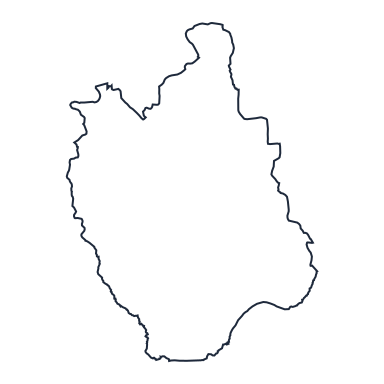 the district of Ganzourgou, Ganzourgou, Burkina Faso
{"feature_id": "67063806B50041184778807", "entity_name": "Ganzourgou", "entity_type": "district", "adm_level": 2, "iso_a3": "BFA", "parent_name": "Burkina Faso", "parent_adm1": "Ganzourgou", "projection": "robinson", "projection_center": [-0.77, 12.29], "detail": "fine", "context": "isolated", "style": "outline", "palette": "slate", "viewbox_px": 384, "rotation_deg": 0, "n_neighbors": 0, "source": "geoboundaries", "source_scale": "gbopen_adm2", "svg_char_len": 5917}
<svg xmlns="http://www.w3.org/2000/svg" viewBox="0 0 384 384"><path d="M238.7,89.7L237.4,89.8L236.5,88.5L235.5,88.7L234.4,86.8L234.0,84.8L233.0,84.5L232.5,80.2L230.9,76.8L231.4,74.6L231.3,73.8L230.1,71.8L229.7,70.7L230.5,69.6L229.0,66.6L228.8,65.6L230.5,63.8L230.1,57.7L230.7,56.2L232.8,52.9L233.9,48.2L233.2,44.6L232.2,42.5L232.1,40.7L231.4,37.4L230.3,34.7L230.2,33.8L229.0,32.1L225.2,30.2L223.3,29.7L222.4,26.9L222.7,26.0L222.6,24.9L220.2,24.2L211.9,23.0L210.5,23.2L207.8,24.4L202.3,23.5L199.6,24.0L194.5,26.0L192.7,28.5L189.4,29.4L187.8,30.2L186.8,31.2L185.8,33.5L186.2,36.5L187.7,39.4L189.7,42.1L192.0,43.7L192.9,44.7L198.2,54.6L198.3,55.8L197.8,56.8L199.0,57.7L194.7,61.6L192.3,63.3L190.3,63.6L188.0,63.5L186.5,64.0L184.9,66.1L184.8,67.3L185.3,69.2L184.3,70.2L181.0,72.8L177.4,74.5L171.7,75.4L169.1,76.2L166.2,78.0L165.3,78.9L164.7,79.7L163.4,82.9L161.8,84.6L159.1,86.5L159.3,89.2L159.2,93.4L159.6,95.9L159.2,103.3L158.3,104.5L157.1,104.8L152.7,104.5L152.1,107.0L151.4,108.1L150.6,108.8L149.1,108.7L146.7,107.7L145.5,108.0L144.5,110.2L143.0,111.6L143.8,115.5L144.4,116.4L145.7,117.4L144.1,119.0L143.1,119.5L141.5,118.2L139.3,115.5L136.9,113.0L132.8,109.1L130.0,107.3L127.2,104.0L125.3,102.5L121.3,98.1L120.6,91.5L120.2,90.6L118.4,88.9L113.6,90.0L112.3,89.5L111.9,89.1L111.6,85.5L110.8,86.4L109.0,86.1L108.5,87.6L107.3,88.7L107.3,83.3L95.9,86.5L95.8,88.1L98.8,91.6L100.0,94.5L100.2,96.1L99.8,97.8L99.1,99.4L97.8,101.1L96.3,102.0L94.5,102.4L92.7,101.8L84.7,102.5L80.6,102.5L79.7,103.0L76.5,101.9L74.3,101.7L73.3,102.3L72.1,102.4L70.8,103.7L70.2,105.0L71.7,107.7L73.3,108.6L74.9,108.7L75.2,109.0L78.0,109.8L79.8,111.6L80.9,114.7L84.1,117.0L84.7,118.1L84.3,122.8L83.2,124.0L84.2,125.1L86.6,131.4L86.4,133.7L85.4,134.5L82.3,135.5L78.1,140.1L74.3,142.5L76.5,144.5L77.0,146.8L77.8,146.9L77.8,147.9L77.1,150.0L78.3,154.2L78.4,156.0L77.8,157.4L75.7,157.6L74.1,158.6L71.1,159.0L70.0,160.0L69.6,162.4L70.0,164.7L69.2,169.7L68.7,171.1L67.9,172.4L66.8,176.3L67.2,177.8L69.5,179.8L69.8,181.1L70.5,182.5L71.4,183.4L71.8,184.6L72.0,186.4L71.3,188.4L71.4,190.8L71.9,191.7L71.7,192.1L71.7,194.6L71.9,195.9L72.6,196.6L73.2,198.7L72.4,206.0L74.0,207.5L76.1,211.5L75.6,212.7L74.1,214.8L74.0,216.2L74.6,217.9L75.1,218.2L77.7,218.0L81.4,218.8L81.9,219.2L82.6,221.0L82.5,222.1L81.9,223.9L82.0,225.5L84.5,227.8L84.7,229.2L84.3,230.8L81.5,234.2L81.3,235.1L81.6,236.3L82.3,237.4L85.4,240.1L85.4,240.7L87.2,241.3L89.5,242.8L94.3,246.8L94.3,247.5L96.3,250.3L96.0,253.6L96.8,254.7L96.9,256.3L97.6,256.8L98.6,256.7L98.6,258.9L99.7,261.0L99.4,263.2L99.8,263.8L98.3,267.2L98.4,268.4L97.6,272.0L98.3,274.2L102.1,277.6L102.0,278.7L102.4,279.8L103.3,280.9L103.3,282.1L105.4,283.7L107.4,284.7L107.4,285.1L109.0,286.2L109.8,288.3L111.1,290.0L110.7,291.3L111.1,292.0L111.7,292.1L111.9,293.6L113.7,295.0L114.3,295.8L114.3,298.7L115.1,299.0L115.5,298.8L115.8,299.7L115.5,301.0L116.9,302.7L117.4,303.7L119.3,304.5L120.4,306.2L120.7,305.7L122.6,307.1L125.6,308.4L126.6,309.7L127.1,309.6L128.0,310.8L128.7,313.0L130.0,313.9L130.9,314.0L132.0,315.2L133.3,315.4L134.1,316.1L136.1,315.7L136.7,315.9L137.6,315.5L138.0,317.5L139.2,319.2L139.1,320.9L139.7,321.4L139.7,322.3L139.2,323.1L140.1,324.4L141.4,323.8L143.0,325.8L143.2,325.5L144.1,325.9L143.9,327.2L145.2,328.6L146.2,330.1L145.8,331.1L145.9,332.2L146.4,332.8L147.3,333.2L147.8,334.4L146.1,335.3L145.5,336.3L146.8,337.3L147.4,337.3L148.1,338.3L147.6,339.3L147.5,340.8L146.9,341.6L147.2,342.6L146.7,343.4L147.1,344.0L147.1,344.7L146.8,348.6L145.4,351.0L145.6,352.0L146.6,353.3L148.3,354.5L151.0,357.6L152.9,358.4L153.6,357.8L154.2,357.8L154.4,358.3L155.4,358.7L155.5,359.3L156.2,359.4L156.3,359.9L159.2,359.1L159.4,358.5L160.3,358.5L160.9,357.3L160.7,356.7L161.4,356.9L162.4,356.3L163.6,356.3L164.4,356.4L166.4,358.1L168.8,359.1L169.2,359.8L169.0,360.3L169.1,361.0L171.2,360.5L174.6,360.3L179.2,360.7L186.7,360.8L200.9,360.3L202.3,360.0L203.1,360.2L203.9,359.8L204.0,359.5L206.7,358.4L207.1,356.3L208.4,354.1L211.2,354.3L212.6,355.4L214.4,355.5L216.1,353.5L216.9,353.4L217.5,352.9L217.8,352.4L217.7,351.2L218.5,350.8L218.6,350.3L222.0,348.3L223.1,344.5L224.1,344.5L225.9,343.7L226.6,344.5L227.3,344.3L227.0,343.5L227.3,342.6L227.6,342.6L228.1,343.4L228.4,343.5L228.3,342.0L229.0,341.8L228.8,340.6L229.2,339.2L229.7,338.7L229.6,336.7L230.4,335.2L230.3,334.3L230.6,332.9L231.9,330.2L233.0,328.4L235.5,325.4L238.1,320.2L242.0,315.9L243.6,313.7L245.5,312.1L247.3,311.1L248.9,309.2L252.5,306.4L257.0,303.8L263.3,302.0L266.6,302.3L270.5,303.5L274.4,305.0L276.6,306.4L284.7,309.3L288.8,309.1L290.3,306.8L291.3,306.5L292.3,306.9L293.1,306.8L295.7,306.0L296.7,305.3L297.1,305.4L298.0,304.2L299.4,303.1L301.8,302.5L302.4,301.1L302.2,300.0L302.7,300.1L304.0,297.9L304.5,297.6L306.2,295.6L306.7,295.7L307.7,294.0L308.0,294.0L308.3,292.5L309.7,290.8L309.6,288.5L311.1,287.6L311.8,285.3L312.6,283.9L312.5,283.0L312.8,282.8L313.2,280.4L314.0,280.2L314.3,278.9L315.6,276.7L316.1,274.3L316.6,273.4L316.6,271.7L317.2,271.3L312.1,265.6L310.9,265.9L310.5,265.7L310.4,264.6L311.5,260.3L311.9,256.5L310.7,252.6L309.3,250.9L307.5,247.8L306.6,244.5L307.1,242.6L307.7,242.4L312.0,242.9L312.9,242.7L310.8,239.1L310.1,238.8L308.1,234.9L306.9,233.4L305.6,232.9L303.8,232.9L302.7,230.7L300.7,228.5L300.3,225.6L299.1,224.0L297.3,222.6L288.8,220.6L287.8,218.8L287.5,217.5L287.4,215.7L288.7,211.3L288.7,209.4L287.9,201.5L287.0,196.8L285.4,195.0L284.6,194.5L282.9,193.5L280.6,193.0L280.5,192.5L278.5,191.1L278.1,190.5L278.5,189.5L278.1,187.4L278.7,185.7L279.2,183.1L277.9,182.6L276.6,181.1L275.3,179.1L272.2,175.8L271.4,174.4L272.1,170.9L273.7,166.6L274.0,160.9L278.6,158.3L279.6,157.3L280.3,153.1L280.1,146.4L279.7,143.7L278.8,143.9L277.4,143.5L270.0,144.1L268.0,143.8L267.7,141.7L267.9,138.7L267.7,134.3L267.9,128.5L267.0,119.8L266.1,118.8L261.7,117.4L260.2,117.4L256.0,118.2L247.2,119.2L244.9,119.0L244.1,118.7L240.1,114.0L238.7,111.7L238.3,110.2L238.2,98.7L238.6,94.7L238.7,89.7Z" fill="none" stroke="#1e293b" stroke-width="2"/></svg>